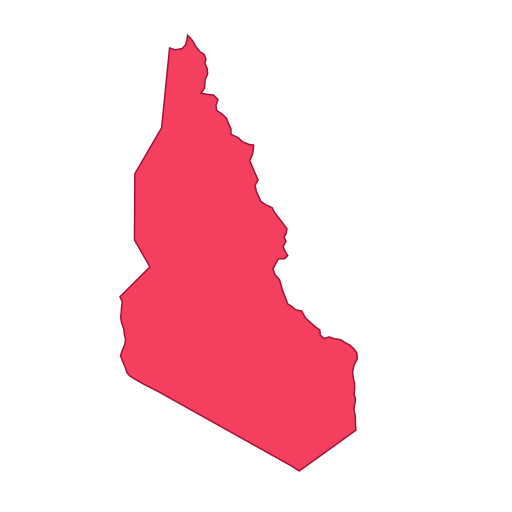 outline of Santa Terezinha do Tocantins, Tocantins, Brazil, rotated 283°
{"feature_id": "56859067B31738575780904", "entity_name": "Santa Terezinha do Tocantins", "entity_type": "district", "adm_level": 2, "iso_a3": "BRA", "parent_name": "Brazil", "parent_adm1": "Tocantins", "projection": "natural_earth1", "projection_center": [-47.719, -6.486], "detail": "fine", "context": "isolated", "style": "filled", "palette": "rose", "viewbox_px": 512, "rotation_deg": 283, "n_neighbors": 0, "source": "geoboundaries", "source_scale": "gbopen_adm2", "svg_char_len": 1607}
<svg xmlns="http://www.w3.org/2000/svg" viewBox="0 0 512 512"><g transform="rotate(283 256 256)"><path d="M455.7,139.7L450.5,140.1L446.0,139.9L441.5,137.4L438.7,130.8L439.3,125.0L359.7,135.2L309.0,119.5L244.4,133.9L221.5,155.1L185.7,132.6L181.2,136.0L175.9,136.5L170.6,137.4L165.8,137.9L160.6,140.1L155.5,143.4L150.0,145.4L145.5,147.6L140.3,148.1L135.2,147.1L128.4,146.4L123.2,149.9L118.2,153.5L113.0,156.7L110.4,160.6L107.0,171.6L105.2,178.1L102.0,191.0L99.2,200.6L61.2,331.5L59.8,336.5L56.3,346.5L108.7,392.5L115.1,390.6L122.3,388.8L128.4,385.9L133.8,385.6L138.8,385.2L143.4,382.8L148.9,382.0L153.9,380.7L158.8,378.4L164.2,376.3L171.0,376.0L178.7,377.8L184.3,376.0L187.7,372.1L190.2,367.7L191.6,362.4L193.6,356.9L192.9,351.4L193.6,345.4L190.8,340.7L193.6,336.3L198.2,334.9L200.3,330.0L203.2,324.3L206.8,318.2L212.7,312.8L212.5,306.7L214.8,302.3L216.5,297.6L222.0,294.1L228.5,289.5L233.6,286.9L238.4,284.0L242.2,278.5L247.4,275.4L251.9,276.6L258.2,278.5L259.8,284.5L263.6,286.8L267.3,283.1L271.3,280.3L277.1,281.9L280.5,279.1L284.6,280.3L289.6,280.0L293.2,275.6L297.4,270.6L302.2,264.6L306.7,260.9L307.9,254.7L310.1,248.6L315.2,244.7L319.3,241.7L324.5,239.2L330.6,240.9L336.5,236.4L342.1,232.4L347.3,228.5L354.1,229.7L359.2,229.4L363.6,228.7L363.1,223.9L364.4,216.8L367.3,212.0L368.9,204.3L374.4,202.9L378.7,199.5L383.4,196.5L387.0,190.4L389.0,184.8L393.8,183.1L399.8,183.8L403.2,178.6L402.6,172.1L402.1,165.8L407.9,168.1L416.4,166.8L422.6,167.9L427.9,166.1L432.2,162.9L436.6,162.9L440.6,160.3L442.6,155.3L446.2,150.6L451.7,145.6L455.7,139.7Z" fill="#f43f5e" stroke="#9f1239" stroke-width="1.5"/></g></svg>